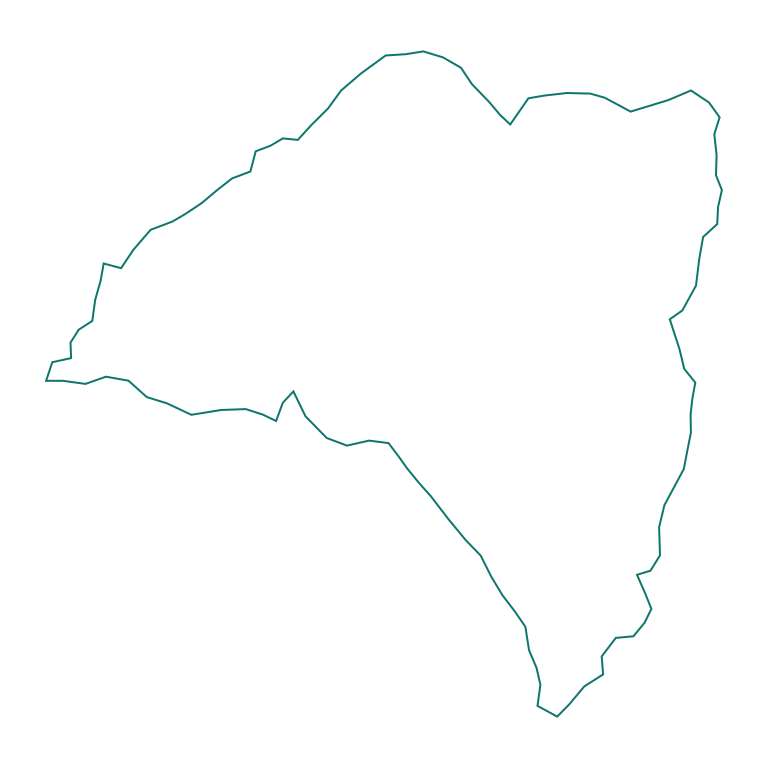 Monções, São Paulo, Brazil (Albers equal-area conic projection)
{"feature_id": "56859067B71559217874088", "entity_name": "Monções", "entity_type": "district", "adm_level": 2, "iso_a3": "BRA", "parent_name": "Brazil", "parent_adm1": "São Paulo", "projection": "albers", "projection_center": [-50.083, -20.875], "detail": "fine", "context": "isolated", "style": "outline", "palette": "teal", "viewbox_px": 768, "rotation_deg": 0, "n_neighbors": 0, "source": "geoboundaries", "source_scale": "gbopen_adm2", "svg_char_len": 1471}
<svg xmlns="http://www.w3.org/2000/svg" viewBox="0 0 768 768"><path d="M46.1,380.8L62.9,380.8L85.5,383.9L105.9,376.7L128.5,380.7L146.8,397.1L167.1,403.4L191.3,414.8L221.0,410.0L245.7,409.1L263.1,414.7L276.1,421.0L282.8,402.8L293.4,391.4L305.5,416.3L326.7,438.0L347.0,445.6L369.1,440.6L388.5,443.1L398.3,456.0L406.8,468.0L418.6,482.5L430.9,496.3L448.3,519.0L465.7,540.1L480.7,555.6L491.3,576.7L502.5,595.3L514.8,611.4L525.4,626.8L529.0,650.1L536.6,668.1L540.4,684.8L537.5,705.9L557.2,716.6L569.3,704.3L584.3,686.4L603.1,674.4L601.7,656.4L615.8,637.9L633.4,636.3L644.6,622.7L651.4,608.9L645.2,593.4L637.0,574.8L650.5,570.7L660.0,555.3L659.1,527.3L664.4,505.2L674.7,486.0L683.8,469.0L687.7,448.8L690.9,432.7L690.6,414.1L692.4,398.4L695.3,382.6L684.2,368.8L679.5,349.2L669.8,319.3L682.4,310.4L696.0,285.6L699.2,259.4L703.1,237.0L717.2,224.1L718.1,206.8L721.9,190.1L716.0,175.3L716.6,155.1L714.3,134.3L719.6,117.3L709.0,102.5L691.0,90.5L668.0,100.2L630.6,111.6L604.7,97.7L590.3,93.6L567.0,93.0L544.9,95.5L528.4,98.3L510.2,124.5L499.9,114.7L489.0,101.8L471.9,84.1L461.0,67.8L443.0,57.4L423.3,51.4L405.9,54.2L385.6,55.5L361.1,73.4L341.1,90.5L328.1,108.4L311.3,125.1L297.8,139.9L282.8,138.4L270.7,145.6L255.7,151.3L250.4,171.5L232.1,178.4L217.1,190.1L201.8,203.0L185.3,214.0L172.3,221.6L150.6,229.8L133.2,250.0L121.1,268.2L103.7,263.5L100.5,281.2L95.2,299.8L92.3,320.9L78.7,329.7L70.5,342.6L71.1,358.1L52.3,362.2L46.1,380.8Z" fill="none" stroke="#0f766e" stroke-width="2"/></svg>